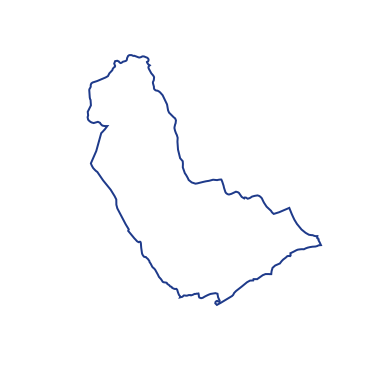 the district of Goruia, Caras-Severin, Romania, rotated 207°
{"feature_id": "2599482B80624695322147", "entity_name": "Goruia", "entity_type": "district", "adm_level": 2, "iso_a3": "ROU", "parent_name": "Romania", "parent_adm1": "Caras-Severin", "projection": "robinson", "projection_center": [21.781, 45.174], "detail": "fine", "context": "isolated", "style": "outline", "palette": "blue", "viewbox_px": 384, "rotation_deg": 207, "n_neighbors": 0, "source": "geoboundaries", "source_scale": "gbopen_adm2", "svg_char_len": 5163}
<svg xmlns="http://www.w3.org/2000/svg" viewBox="0 0 384 384"><g transform="rotate(207 192 192)"><path d="M318.3,264.3L319.5,260.2L319.5,257.1L321.0,254.8L326.8,247.9L330.3,244.4L331.0,243.0L330.8,241.3L330.2,240.2L330.0,239.7L330.0,239.1L330.0,238.5L330.0,237.9L330.1,237.3L329.9,236.3L326.0,229.8L325.6,229.3L325.2,228.8L324.8,228.4L324.2,228.0L321.4,223.3L321.3,216.1L319.3,213.1L319.0,211.3L317.4,209.3L316.9,209.1L316.3,208.9L315.8,208.7L315.2,208.6L314.7,208.5L314.1,208.4L313.5,208.4L312.9,208.4L310.9,208.8L307.7,211.8L305.4,211.9L304.7,211.4L303.8,211.0L302.9,210.7L302.0,210.5L300.8,210.8L299.6,211.2L298.5,211.7L297.4,212.3L297.8,210.0L298.2,207.8L298.3,207.7L298.9,205.4L299.6,203.2L295.9,185.0L295.1,171.6L294.1,170.7L293.1,169.9L291.9,169.1L291.0,168.5L289.7,168.0L288.3,167.5L286.9,167.1L285.5,166.9L276.5,162.0L265.5,157.1L259.1,153.2L256.1,151.0L253.6,146.3L251.1,143.5L236.4,133.1L231.4,130.0L231.2,128.4L222.0,124.4L220.7,124.0L220.1,123.7L219.4,123.5L218.8,123.2L218.0,123.1L216.7,123.1L216.5,123.4L216.2,123.7L215.8,124.1L215.3,124.1L215.1,123.9L214.3,123.2L214.0,122.5L213.8,122.3L211.9,119.2L208.8,114.8L207.9,113.9L206.7,113.1L205.1,112.5L203.6,113.1L203.0,112.8L200.9,112.3L198.6,111.1L198.0,110.3L196.3,109.4L194.1,107.8L193.6,107.4L192.6,107.0L190.9,106.6L189.5,106.0L185.2,103.1L184.1,102.3L183.0,101.4L179.9,100.2L177.3,98.7L176.3,98.7L174.9,99.2L173.5,99.6L172.9,99.4L172.3,98.9L169.9,98.6L169.6,98.5L169.3,98.3L168.5,98.0L167.2,98.2L166.2,97.6L165.4,97.6L164.6,97.6L163.3,97.8L162.6,98.2L161.9,98.6L160.7,98.1L160.1,97.4L158.7,96.0L156.9,94.4L156.4,94.2L155.5,93.8L155.4,93.7L155.1,93.4L154.8,93.1L154.8,92.7L153.0,94.3L152.6,95.3L152.3,96.1L151.3,96.6L150.2,96.9L149.1,97.6L148.3,98.5L146.8,99.4L146.0,99.4L145.4,100.0L144.5,100.9L143.5,102.3L142.4,102.9L141.5,103.7L140.9,103.9L140.2,104.5L139.7,104.0L139.2,103.3L138.5,102.1L137.6,101.3L135.7,101.5L134.4,102.6L133.3,104.4L132.0,106.2L130.7,107.9L129.2,109.6L125.2,112.5L123.1,112.9L121.0,110.1L118.0,107.7L117.8,106.7L118.4,106.5L119.0,106.3L119.6,106.3L120.2,106.4L120.5,106.0L120.8,105.6L121.0,105.1L121.1,104.6L120.7,103.4L118.6,102.7L116.2,106.1L109.1,117.5L108.6,119.0L108.6,121.2L107.8,123.8L106.3,127.0L104.8,130.2L103.4,133.4L102.0,136.6L100.1,139.4L97.3,141.0L97.6,142.3L94.4,143.9L91.2,150.0L89.2,152.3L84.1,154.8L84.7,156.3L85.2,157.8L85.5,159.4L85.8,161.0L84.5,164.3L81.2,168.3L81.1,169.3L80.9,170.3L80.7,171.3L80.4,172.2L80.1,173.2L79.3,174.8L78.6,176.3L77.9,178.2L77.2,178.6L76.5,179.1L75.5,179.4L75.3,180.1L75.8,180.7L75.9,181.3L76.3,181.9L76.5,182.1L74.4,184.9L72.5,187.6L71.5,188.7L69.8,189.9L68.4,190.8L66.3,191.8L65.1,193.4L63.7,194.9L63.0,195.5L62.2,196.2L59.9,197.9L57.2,199.5L55.9,200.7L55.0,201.9L54.0,202.6L53.0,203.2L55.0,204.8L57.4,206.5L57.7,207.4L58.6,207.5L59.3,207.7L59.4,208.3L60.0,208.5L60.1,208.9L60.3,209.6L61.7,208.8L63.3,208.4L64.9,208.3L66.2,207.7L67.2,207.4L68.4,207.0L72.3,207.2L77.4,208.3L84.0,211.2L88.2,213.8L90.8,215.8L93.3,217.8L95.7,219.9L98.1,222.0L105.2,213.5L109.2,209.6L110.2,209.8L111.2,210.1L112.1,210.5L113.0,211.1L118.9,212.8L121.0,214.0L123.1,215.2L125.0,216.6L126.9,218.1L127.7,218.4L128.6,218.7L129.5,218.9L130.4,219.0L132.1,218.7L134.4,217.0L136.4,215.2L136.7,214.7L137.0,214.1L137.3,213.6L137.6,213.1L138.0,212.6L138.4,212.2L138.9,211.7L139.4,211.3L141.4,211.5L142.5,211.0L142.6,210.0L145.5,210.2L149.8,212.5L150.4,212.6L151.0,212.6L151.6,212.5L152.2,212.4L153.0,212.2L156.1,208.2L157.3,207.1L157.7,206.7L158.1,206.5L158.7,206.3L159.1,206.3L160.0,206.3L160.6,206.4L161.3,206.6L161.9,206.9L162.4,207.3L165.4,210.3L166.7,211.9L168.2,213.4L169.8,215.0L171.5,216.4L172.5,215.9L173.4,215.3L174.2,214.7L175.0,214.0L178.8,212.5L181.9,209.7L184.4,207.9L186.7,206.0L189.0,204.0L191.3,202.0L192.7,201.0L196.6,200.4L200.4,201.2L201.9,202.4L203.5,203.5L205.2,204.6L206.9,205.5L211.4,209.8L212.0,211.1L212.6,212.4L213.3,213.7L214.1,214.9L214.2,215.2L217.9,216.7L223.7,223.4L227.8,230.2L229.4,233.8L231.4,235.9L233.0,237.1L234.5,238.5L235.1,239.1L236.7,241.0L237.1,242.1L237.4,243.3L237.7,244.5L237.8,245.7L238.8,248.5L240.4,249.9L242.3,250.3L248.5,252.3L250.4,253.9L254.0,258.7L262.1,264.9L265.7,266.3L267.3,266.6L268.8,266.6L269.3,266.4L269.8,266.2L270.3,266.1L270.8,266.1L272.1,266.4L272.6,266.8L273.1,267.3L273.4,267.9L273.7,268.5L276.1,271.1L276.7,272.1L276.8,274.3L277.9,277.1L279.3,278.1L282.2,279.3L286.7,282.4L287.5,283.4L287.5,283.7L287.6,284.2L287.5,284.7L287.3,285.2L287.1,285.7L288.1,285.8L288.6,285.8L289.1,286.0L289.3,286.1L291.0,287.1L291.2,287.4L290.7,288.1L290.4,288.6L290.5,289.4L290.7,290.1L291.5,290.9L292.8,291.3L293.9,291.2L296.3,291.0L297.4,290.5L297.8,290.3L298.4,289.4L298.9,288.8L299.7,288.1L300.2,287.8L301.5,287.6L302.7,287.5L304.3,287.3L305.2,287.2L305.6,286.9L306.2,286.6L306.6,286.6L307.1,286.6L308.3,286.4L310.0,285.5L310.7,284.2L310.6,281.7L310.4,281.2L310.2,280.6L310.1,280.1L310.1,279.5L310.6,278.6L312.7,276.7L313.0,276.0L313.4,275.3L313.7,274.9L314.1,274.5L314.8,274.5L315.4,274.6L316.0,274.8L316.5,275.1L318.2,275.0L319.9,273.7L319.6,271.1L317.7,269.4L317.6,268.4L317.9,267.9L318.2,267.4L318.3,266.9L318.4,266.4L318.5,265.6L318.3,264.3Z" fill="none" stroke="#1e3a8a" stroke-width="2"/></g></svg>